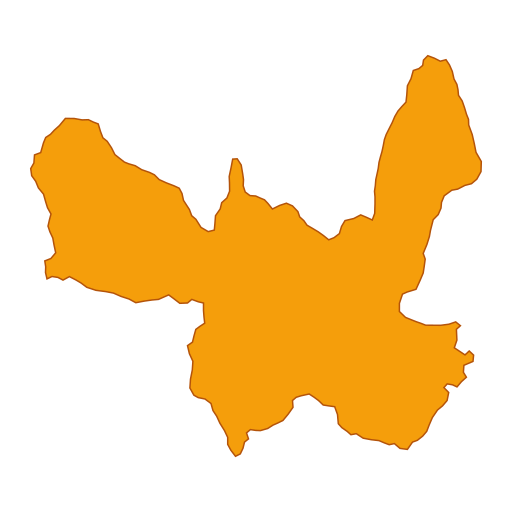 the district of Espera Feliz, Minas Gerais, Brazil
{"feature_id": "56859067B13761080010034", "entity_name": "Espera Feliz", "entity_type": "district", "adm_level": 2, "iso_a3": "BRA", "parent_name": "Brazil", "parent_adm1": "Minas Gerais", "projection": "natural_earth1", "projection_center": [-41.928, -20.588], "detail": "fine", "context": "isolated", "style": "filled", "palette": "amber", "viewbox_px": 512, "rotation_deg": 0, "n_neighbors": 0, "source": "geoboundaries", "source_scale": "gbopen_adm2", "svg_char_len": 3553}
<svg xmlns="http://www.w3.org/2000/svg" viewBox="0 0 512 512"><path d="M407.4,85.8L406.8,94.7L406.0,102.1L401.8,106.6L398.0,111.0L394.8,116.5L392.2,122.6L389.0,128.9L386.2,134.5L384.4,139.6L383.3,145.5L382.0,151.5L380.5,156.7L379.0,162.4L378.2,168.6L377.0,174.2L375.8,179.6L375.3,185.8L374.5,191.2L375.0,196.8L375.0,203.9L374.7,213.4L372.3,220.0L366.2,217.2L360.7,214.9L353.8,218.5L345.0,220.6L341.5,226.5L339.4,233.6L334.0,237.7L328.7,239.8L323.5,235.6L318.2,231.8L312.2,228.2L307.0,225.2L303.8,220.6L299.7,216.9L297.9,211.6L292.5,205.9L286.4,203.2L279.7,205.4L272.4,209.0L267.9,203.4L264.5,199.8L259.9,197.9L255.7,196.0L250.0,195.6L245.2,192.0L243.2,185.8L243.5,179.6L242.7,173.9L241.2,165.0L237.2,158.8L232.7,159.1L231.0,168.0L229.2,176.5L229.5,182.9L229.6,191.2L226.9,198.0L221.7,202.7L220.2,208.9L215.5,215.7L214.9,223.8L214.3,230.1L208.2,231.6L201.0,227.4L195.9,219.3L191.7,215.7L189.4,209.5L186.4,204.9L183.5,200.4L182.0,193.5L179.2,188.2L174.0,185.8L166.2,182.8L159.2,179.6L154.4,174.8L149.5,172.4L141.7,169.7L135.2,165.7L128.7,163.8L124.4,162.1L119.8,158.5L114.9,154.6L111.5,147.8L107.2,141.3L102.9,137.8L100.5,131.5L98.2,123.9L93.4,122.1L88.4,119.7L82.1,119.9L74.2,118.5L65.4,118.4L59.4,125.6L54.4,130.1L50.5,134.3L45.7,137.5L43.5,142.8L40.7,152.6L34.5,154.9L33.9,163.0L30.7,168.6L31.7,175.7L35.7,181.3L38.4,187.9L43.5,194.1L45.7,201.9L47.5,207.7L51.0,214.0L49.4,220.0L48.0,226.1L49.9,231.8L52.8,238.0L54.0,244.8L55.7,252.8L50.9,258.5L44.8,260.9L45.7,266.8L45.5,272.5L47.0,278.9L52.0,276.5L57.9,277.4L63.0,280.1L69.4,276.6L75.8,279.9L80.9,282.9L86.8,287.3L95.9,290.3L105.8,291.6L113.5,293.1L121.0,296.4L129.0,299.0L135.8,302.7L144.2,301.1L151.9,300.0L158.5,299.4L163.2,297.3L168.7,294.9L173.7,298.6L179.8,303.3L187.5,303.0L191.8,299.4L198.3,301.8L203.5,303.0L203.5,310.6L204.0,317.0L204.7,323.2L199.8,326.4L195.8,329.4L194.0,335.9L192.5,342.1L187.5,345.6L189.4,353.7L192.9,361.3L192.3,370.0L190.5,379.1L189.9,388.0L193.9,395.2L198.2,397.6L205.0,399.0L211.0,403.5L213.0,410.6L216.7,416.2L219.9,423.2L224.5,430.6L227.7,437.4L227.7,444.4L230.9,450.3L235.5,456.3L240.3,453.9L243.0,448.2L244.5,442.1L248.5,438.9L246.5,432.9L250.4,429.6L255.7,430.4L260.4,430.6L267.7,428.5L273.0,425.1L277.8,423.0L283.0,420.4L288.2,414.1L293.0,407.3L292.5,400.5L296.2,397.3L301.0,395.8L309.2,394.0L314.2,397.3L318.5,400.5L323.2,405.0L328.9,405.9L334.7,406.7L337.5,414.5L338.3,423.7L341.8,427.6L347.2,431.4L350.9,434.7L356.3,433.7L363.2,438.2L371.2,439.7L379.0,440.6L384.4,442.9L389.2,444.7L394.4,443.6L400.0,448.4L407.4,449.4L412.5,442.1L417.4,440.3L422.7,436.1L426.7,431.4L429.2,424.9L432.4,417.5L437.5,410.0L442.5,405.9L447.1,400.5L448.7,392.5L443.9,387.6L447.2,383.9L452.5,384.8L457.0,386.9L461.5,381.6L466.4,377.2L463.4,372.3L463.9,365.3L473.0,361.4L473.6,355.1L469.2,351.0L465.0,354.9L454.3,347.8L456.9,340.1L456.4,329.3L460.4,325.7L455.7,321.9L449.0,324.2L440.7,325.3L425.7,325.2L421.1,323.4L416.2,321.7L411.4,319.8L405.5,317.4L399.4,311.5L399.4,303.3L402.5,294.1L407.2,292.0L416.0,289.3L420.2,280.1L423.2,273.0L424.2,266.5L425.2,259.1L423.2,253.4L426.9,244.5L429.4,236.5L430.5,230.3L433.2,219.7L438.2,214.6L441.0,208.1L441.5,202.4L444.2,195.8L451.8,190.2L457.7,189.1L464.9,185.4L471.5,183.7L476.8,179.2L481.0,171.6L481.3,161.5L476.0,152.3L474.3,143.7L472.2,134.5L468.7,125.0L468.5,119.3L466.5,114.3L464.5,107.6L462.2,101.0L458.5,95.3L458.0,89.8L456.9,84.4L454.0,79.0L452.3,71.4L449.5,65.0L446.0,59.7L440.3,61.2L434.4,58.2L427.8,55.7L423.5,60.1L422.7,65.4L418.9,68.6L413.3,70.5L411.0,78.7L407.4,85.8Z" fill="#f59e0b" stroke="#b45309" stroke-width="1.5"/></svg>